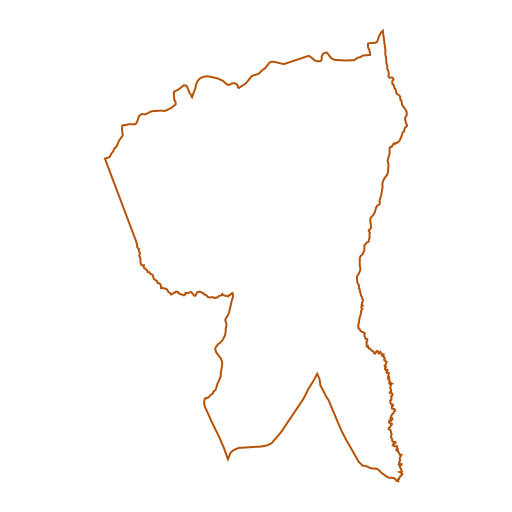 the district of Banteay Ampil, Otdar Mean Chey, Cambodia
{"feature_id": "14789045B51919019110008", "entity_name": "Banteay Ampil", "entity_type": "district", "adm_level": 2, "iso_a3": "KHM", "parent_name": "Cambodia", "parent_adm1": "Otdar Mean Chey", "projection": "equal_earth", "projection_center": [103.311, 14.149], "detail": "fine", "context": "isolated", "style": "outline", "palette": "amber", "viewbox_px": 512, "rotation_deg": 0, "n_neighbors": 0, "source": "geoboundaries", "source_scale": "gbopen_adm2", "svg_char_len": 6039}
<svg xmlns="http://www.w3.org/2000/svg" viewBox="0 0 512 512"><path d="M396.9,481.0L398.3,481.3L398.1,479.2L399.0,479.0L399.1,478.2L400.5,476.1L402.4,474.3L401.3,472.9L399.6,472.1L401.8,471.6L401.6,470.3L399.7,466.6L399.8,466.1L401.5,464.7L401.6,464.2L401.1,463.9L398.9,464.4L399.4,461.5L400.3,460.5L399.6,458.9L399.9,457.7L401.4,454.8L399.8,454.8L398.9,452.6L398.1,452.0L397.9,450.1L397.2,450.8L396.3,450.0L396.3,449.4L397.4,448.6L397.0,446.2L395.0,446.4L392.7,445.3L393.3,444.1L395.0,443.5L395.6,442.8L395.4,442.1L392.6,441.6L392.2,440.9L392.2,439.1L391.0,437.0L391.0,436.2L391.7,434.1L391.0,433.1L390.7,430.6L390.4,429.9L388.9,429.4L388.6,428.7L388.9,427.9L390.3,427.1L390.7,425.2L391.8,424.6L391.9,423.9L389.4,422.8L389.0,422.1L389.2,420.7L391.1,420.8L390.6,419.4L390.5,417.8L390.9,417.7L391.7,419.3L392.4,419.3L392.2,418.2L391.2,416.9L391.3,415.9L392.0,414.4L393.4,413.2L394.0,411.6L395.2,410.7L394.5,409.1L392.1,408.7L391.8,406.2L392.0,405.6L393.0,405.6L392.9,404.9L391.4,403.7L390.7,403.7L390.1,400.5L391.3,399.9L391.3,398.8L391.6,398.5L391.2,396.5L391.5,395.7L392.5,395.3L392.6,394.6L391.2,392.3L389.9,392.9L389.8,392.4L391.0,391.0L391.2,390.3L390.2,387.3L391.3,384.1L392.0,383.7L391.3,383.4L390.5,382.4L389.6,383.8L389.2,383.3L389.5,382.0L389.2,377.8L388.2,378.7L388.0,376.4L388.7,374.5L388.7,373.0L386.8,372.9L386.5,372.3L386.7,371.6L387.6,370.3L387.2,369.8L385.6,369.9L384.9,368.9L385.9,367.2L385.0,366.8L384.6,365.7L385.7,365.0L385.6,364.3L386.7,361.7L384.5,360.6L384.6,359.9L384.2,359.4L384.9,358.1L383.7,357.2L383.5,354.5L382.1,355.6L381.8,355.0L382.0,354.2L381.1,353.5L380.5,351.9L380.1,352.4L380.4,353.2L378.7,353.4L378.7,352.4L377.7,351.1L376.7,351.1L376.5,352.0L375.6,352.4L375.2,353.5L374.2,353.5L373.4,351.4L372.1,350.9L369.6,348.4L368.7,348.5L368.0,346.3L367.5,346.8L366.7,346.4L367.2,345.9L366.5,344.2L366.8,342.9L366.3,342.1L367.2,340.7L367.3,339.1L365.4,338.7L364.4,335.6L364.4,334.1L364.9,333.6L363.6,332.4L360.6,331.2L359.8,329.3L358.5,328.4L358.4,326.4L358.0,325.9L358.8,323.3L359.5,317.9L360.5,315.4L361.3,310.5L362.4,308.9L361.2,307.4L361.5,306.3L362.8,305.7L361.6,304.5L362.3,303.0L362.1,302.3L362.6,301.8L363.0,299.8L362.2,298.6L362.1,297.4L361.0,295.7L359.6,289.2L358.7,288.2L359.2,285.9L357.4,282.6L356.9,277.5L357.1,276.2L359.1,273.1L360.4,269.6L359.7,264.3L359.8,258.0L360.5,256.1L361.6,255.3L363.3,253.0L363.4,251.8L364.3,250.7L364.5,244.8L365.9,243.9L366.6,242.6L368.5,241.8L368.8,241.0L369.0,239.3L369.7,237.5L369.4,234.6L369.9,233.1L368.7,230.8L369.0,229.9L370.1,229.4L370.9,228.0L371.1,226.6L370.2,220.3L370.6,218.0L373.9,214.1L375.1,211.3L376.0,207.7L376.7,206.5L377.2,205.7L379.4,204.4L379.9,203.1L379.5,200.6L381.1,195.8L382.6,186.8L382.3,184.6L382.7,181.9L384.2,178.7L387.2,174.6L388.0,172.2L388.5,164.8L387.6,161.1L388.5,157.2L389.7,153.4L389.5,149.3L389.9,147.5L390.1,147.1L391.6,146.9L393.9,143.4L394.7,144.0L395.3,143.7L395.7,142.9L396.9,143.0L399.3,141.1L400.9,137.9L402.8,132.3L404.2,131.3L404.6,128.7L405.1,127.5L407.0,126.0L407.1,125.5L405.9,122.8L405.1,119.4L405.1,117.7L406.7,115.3L406.7,112.0L405.4,109.4L402.1,104.9L401.7,101.7L401.1,100.3L400.3,99.7L400.2,97.0L399.6,95.7L396.5,93.5L395.4,88.7L394.5,88.4L393.9,85.5L392.2,83.5L392.5,80.7L393.5,79.5L393.1,78.3L391.8,77.4L389.7,77.9L388.5,76.5L388.8,72.6L388.1,70.4L387.1,68.5L387.4,66.2L386.2,62.3L386.2,58.5L385.2,53.8L385.5,51.0L382.8,30.7L381.1,32.3L379.2,35.9L377.2,41.7L375.5,42.8L369.8,43.1L368.0,43.7L367.9,46.8L369.2,49.8L370.2,53.7L370.0,55.0L363.0,55.5L359.9,57.3L357.4,57.8L354.2,60.2L345.3,60.5L334.9,59.9L331.5,58.5L326.9,52.6L325.3,52.7L323.0,53.8L321.6,56.8L321.8,59.3L320.7,61.2L318.3,61.3L315.0,60.6L309.7,56.2L308.2,56.0L283.8,64.1L274.1,61.8L271.8,61.7L269.6,62.5L265.2,68.1L262.1,70.3L258.5,73.9L251.9,75.9L245.9,83.3L238.9,87.9L238.1,87.4L237.2,84.7L235.2,83.3L232.0,83.3L229.7,84.7L228.2,84.9L226.7,84.2L223.1,81.0L218.2,78.6L210.3,76.7L206.2,76.3L203.7,76.8L200.4,78.1L197.7,80.8L195.9,84.8L195.5,87.9L192.6,95.4L192.1,97.3L191.7,97.0L191.1,94.9L189.4,92.7L187.1,86.7L185.9,85.5L183.8,85.3L178.2,89.7L174.2,91.6L173.8,93.4L174.1,98.1L174.4,100.0L175.6,102.0L175.7,104.3L171.0,108.1L164.7,111.0L161.3,110.6L152.6,111.1L150.1,111.9L145.5,114.4L141.9,114.0L139.6,115.4L138.8,116.6L137.2,121.6L135.8,123.8L135.0,124.3L129.0,124.2L125.0,125.2L123.1,125.1L122.2,126.0L122.0,130.1L122.8,135.4L119.2,140.4L116.5,146.5L114.5,148.4L113.1,151.5L111.6,153.3L109.5,157.2L104.9,158.6L136.3,241.8L137.2,245.3L137.0,246.6L137.6,247.8L138.9,248.8L138.7,250.5L140.0,253.6L139.2,255.4L140.5,258.9L140.3,261.3L141.0,264.3L142.4,265.5L143.8,265.2L143.8,267.6L147.3,270.5L147.6,272.1L149.3,272.2L150.0,273.4L152.6,274.9L153.9,279.0L157.0,281.1L157.5,282.9L159.5,283.5L160.4,284.5L161.0,286.0L161.1,288.2L162.9,288.0L166.8,289.2L168.5,292.0L170.4,293.2L170.8,294.4L171.4,294.5L174.9,292.3L175.5,292.4L175.6,291.8L177.1,291.7L178.4,292.3L178.6,293.4L183.9,295.4L185.1,294.7L185.5,292.9L187.2,293.3L190.2,292.1L191.5,292.3L194.1,295.5L194.9,295.9L195.7,295.4L197.1,292.3L199.7,291.6L203.1,293.0L203.7,294.2L206.0,295.0L208.1,297.2L211.0,297.5L212.6,297.1L214.9,298.1L217.5,297.3L219.0,296.0L221.7,295.2L222.4,294.0L223.2,295.2L228.3,296.4L228.9,295.3L230.8,294.4L231.6,293.4L232.2,293.0L232.9,293.9L232.9,297.6L231.8,300.3L229.3,311.6L228.1,314.9L225.5,319.0L225.3,320.3L226.4,323.8L226.3,327.0L225.6,328.6L225.7,331.9L225.0,335.3L222.8,339.8L220.1,342.8L218.1,344.1L215.5,347.7L215.2,348.8L216.1,352.2L221.0,358.7L222.2,362.2L222.1,365.7L220.9,372.0L220.7,376.4L217.4,384.0L215.7,389.7L213.3,391.8L212.8,393.4L210.1,395.5L208.9,397.1L206.2,398.3L205.4,398.1L204.4,399.9L204.1,402.7L204.6,405.9L211.7,421.8L219.5,437.7L224.0,448.2L227.9,459.2L230.4,452.9L233.5,450.1L238.9,447.9L261.5,446.5L267.2,445.4L271.6,443.2L280.9,432.4L303.4,398.9L308.6,388.6L313.1,381.4L317.2,373.8L319.5,378.9L320.4,385.3L327.1,398.2L328.2,399.4L340.9,429.5L345.1,437.9L358.9,462.1L360.9,463.8L362.2,465.5L366.6,466.3L370.8,468.3L376.9,468.8L378.5,469.8L381.9,473.2L387.9,477.4L394.2,478.2L396.9,481.0Z" fill="none" stroke="#b45309" stroke-width="2"/></svg>